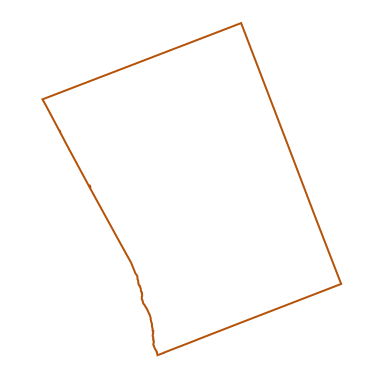 Maralinga Tjarutja, South Australia, Australia, rotated 69°
{"feature_id": "25037944B7661444660063", "entity_name": "Maralinga Tjarutja", "entity_type": "district", "adm_level": 2, "iso_a3": "AUS", "parent_name": "Australia", "parent_adm1": "South Australia", "projection": "mercator", "projection_center": [132.165, -29.44], "detail": "fine", "context": "isolated", "style": "outline", "palette": "amber", "viewbox_px": 384, "rotation_deg": 69, "n_neighbors": 0, "source": "geoboundaries", "source_scale": "gbopen_adm2", "svg_char_len": 2838}
<svg xmlns="http://www.w3.org/2000/svg" viewBox="0 0 384 384"><g transform="rotate(69 192 192)"><path d="M51.9,85.6L51.9,158.7L51.9,261.2L51.9,298.4L58.5,297.4L87.4,293.9L87.4,293.5L87.9,293.4L88.0,293.8L102.6,292.1L113.6,290.7L149.4,286.1L149.3,285.2L150.0,285.1L150.8,285.0L151.0,285.9L190.7,280.5L212.7,277.5L227.0,275.5L234.7,274.4L235.7,274.2L245.7,274.0L247.6,274.0L250.7,273.2L250.9,273.2L251.2,273.3L251.4,273.3L252.5,273.6L253.2,274.0L253.9,274.1L254.0,274.1L254.3,274.1L254.6,274.0L254.9,274.0L255.1,274.0L255.3,274.0L255.5,274.1L255.9,274.2L256.1,274.2L256.3,274.3L256.6,274.3L256.8,274.4L257.0,274.5L257.4,274.7L258.1,274.7L258.3,274.8L258.5,274.9L258.9,274.8L259.2,274.9L259.4,275.0L259.7,275.0L259.9,275.0L260.0,274.9L260.2,274.7L260.4,274.7L260.5,274.6L261.0,274.4L261.3,274.3L261.5,274.3L261.9,274.5L262.4,274.5L262.7,274.6L262.8,274.6L263.1,274.5L263.3,274.4L263.6,274.4L266.1,275.1L266.8,275.2L267.1,275.1L267.5,274.8L267.8,274.7L268.1,274.7L268.4,274.8L269.1,275.2L269.2,275.4L269.4,275.5L269.7,275.5L269.8,275.4L270.2,275.4L270.5,275.5L270.8,275.7L271.2,275.8L271.8,276.2L271.9,276.4L272.6,276.8L273.5,277.0L274.0,277.3L274.6,277.2L275.0,277.1L275.4,277.1L275.7,277.0L275.9,277.0L276.1,277.1L276.3,277.2L276.6,277.2L276.9,277.3L277.4,277.3L277.6,277.4L278.1,277.4L278.5,277.4L279.0,277.3L279.4,277.2L279.6,277.2L279.9,277.0L280.1,276.8L280.4,276.8L280.8,276.7L281.0,276.7L281.7,276.6L281.9,276.6L282.5,276.5L282.7,276.4L283.1,276.3L283.3,276.4L283.6,276.3L283.9,276.1L284.1,276.0L284.4,276.0L285.0,276.1L286.6,275.8L287.4,275.9L289.0,275.7L289.8,275.8L290.6,275.5L291.0,275.6L291.3,275.5L291.9,275.6L292.4,275.5L295.2,275.8L296.2,276.3L296.6,276.3L297.7,276.4L298.2,276.5L298.4,276.6L298.6,276.6L298.8,276.5L299.2,276.5L299.5,276.6L299.8,276.7L300.2,276.6L300.8,276.7L301.7,276.9L302.2,277.2L302.7,277.5L303.5,277.5L303.8,277.6L304.5,277.7L304.8,277.7L305.1,277.7L305.9,277.9L306.1,278.1L306.4,278.1L306.7,278.2L307.1,278.1L307.8,278.3L307.9,278.0L308.3,278.2L308.2,278.5L308.3,278.5L308.9,278.6L310.1,278.9L310.4,279.3L310.9,279.5L311.1,279.8L311.3,279.9L311.7,280.0L311.8,280.1L312.1,280.2L312.4,280.3L312.7,280.4L312.8,280.4L313.2,280.3L313.8,280.2L314.6,280.6L314.9,280.9L315.2,281.0L315.4,281.0L315.5,281.0L316.0,281.1L316.3,281.2L316.6,280.9L316.9,281.0L317.2,281.2L318.1,281.3L318.3,281.3L318.5,281.5L318.9,282.0L319.1,282.1L319.5,282.1L320.2,282.5L320.4,282.7L320.9,282.9L321.0,282.9L321.8,282.7L322.2,282.9L323.0,282.8L323.6,282.8L323.9,282.8L324.6,282.8L325.2,282.8L325.3,282.8L325.8,282.5L326.6,282.5L326.9,282.5L327.6,282.3L327.7,282.2L328.0,282.1L328.3,282.2L328.5,282.2L328.8,282.2L329.2,282.4L329.6,282.3L330.2,282.5L331.7,282.5L332.0,282.6L332.1,275.9L331.9,275.9L331.8,242.6L331.7,236.3L331.5,192.3L331.3,85.7L261.8,85.9L191.8,85.7L51.9,85.6Z" fill="none" stroke="#b45309" stroke-width="2"/></g></svg>